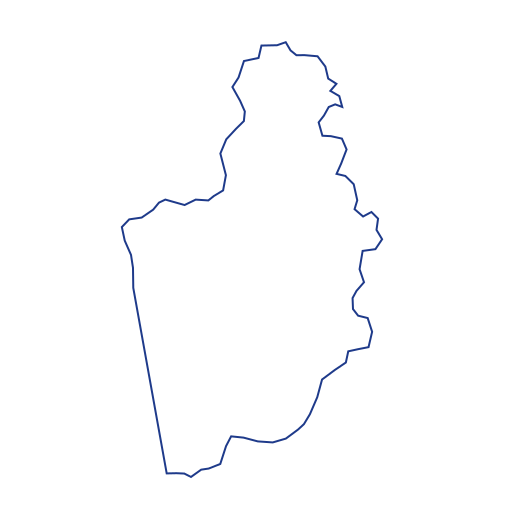 outline of Ângulo, Paraná, Brazil, rotated 170°
{"feature_id": "56859067B37092446381276", "entity_name": "Ângulo", "entity_type": "district", "adm_level": 2, "iso_a3": "BRA", "parent_name": "Brazil", "parent_adm1": "Paraná", "projection": "equal_earth", "projection_center": [-51.931, -23.197], "detail": "fine", "context": "isolated", "style": "outline", "palette": "blue", "viewbox_px": 512, "rotation_deg": 170, "n_neighbors": 0, "source": "geoboundaries", "source_scale": "gbopen_adm2", "svg_char_len": 1265}
<svg xmlns="http://www.w3.org/2000/svg" viewBox="0 0 512 512"><g transform="rotate(170 256 256)"><path d="M381.7,57.4L372.0,55.9L364.4,54.2L358.4,49.7L347.1,55.1L339.5,54.9L327.3,57.4L318.5,74.0L311.8,82.7L299.8,79.3L286.4,73.1L271.9,69.5L258.3,71.0L244.7,77.8L238.0,82.1L230.4,90.8L220.2,106.3L212.4,122.9L198.1,130.1L186.0,135.5L181.7,146.1L171.8,146.5L161.0,146.7L154.8,161.2L156.8,175.5L165.8,179.5L169.7,186.9L168.2,197.8L163.1,204.2L154.2,211.4L156.3,225.0L150.1,242.5L137.2,242.0L128.9,250.6L132.8,260.8L129.3,271.6L134.7,279.3L143.7,276.3L150.8,285.0L146.6,293.3L147.3,309.7L154.1,319.3L162.4,322.9L156.1,332.2L148.3,345.2L151.0,356.7L161.4,361.0L169.7,362.9L171.1,376.7L164.7,382.5L158.5,390.1L151.7,391.6L145.2,387.8L146.2,399.0L154.1,405.7L146.9,411.6L154.1,418.2L154.8,430.5L160.7,442.0L173.4,445.4L181.3,446.7L186.3,452.5L189.6,461.4L198.6,459.9L214.1,462.3L219.1,450.6L234.0,450.1L242.2,434.8L249.9,426.5L244.7,411.6L241.9,400.3L244.5,391.0L253.5,384.8L265.0,376.1L273.3,363.1L271.6,340.8L277.0,326.3L287.1,322.4L293.3,319.0L305.6,322.0L317.5,318.6L326.4,322.9L335.5,327.3L342.3,325.4L349.2,319.5L361.9,313.7L374.5,314.1L383.1,307.8L382.6,293.9L378.9,278.8L379.2,265.7L382.4,245.9L381.7,57.4Z" fill="none" stroke="#1e3a8a" stroke-width="2"/></g></svg>